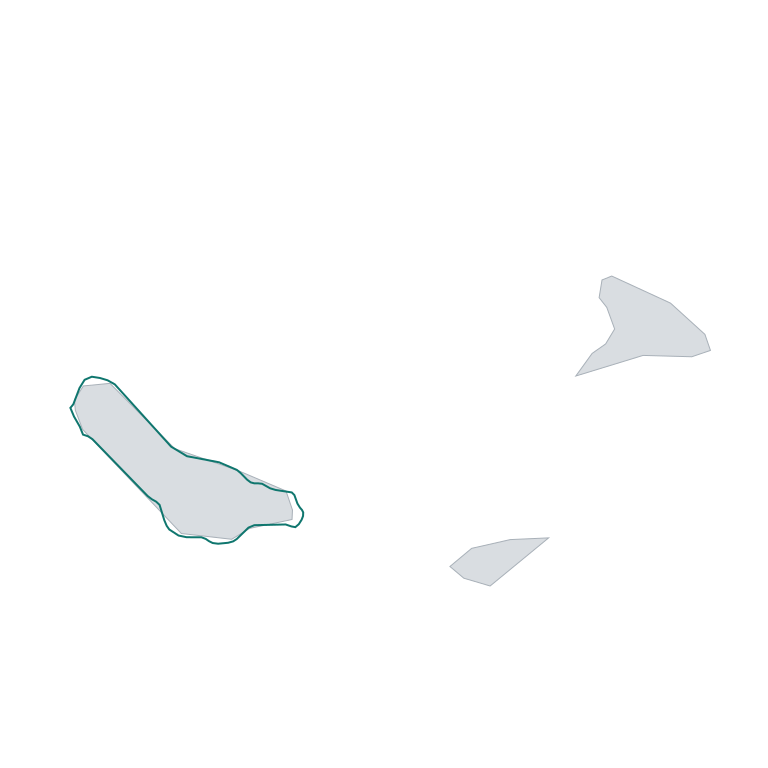 location of Andjazîdja within Comoros, rotated 312°
{"feature_id": "COM-4935", "entity_name": "Andjazîdja", "entity_type": "state/province", "adm_level": 1, "iso_a3": "COM", "parent_name": "Comoros", "parent_adm1": "", "projection": "natural_earth1", "projection_center": [43.361, -11.647], "detail": "fine", "context": "in_parent", "style": "outline", "palette": "teal", "viewbox_px": 768, "rotation_deg": 312, "n_neighbors": 0, "source": "natural_earth", "source_scale": "10m", "svg_char_len": 1346}
<svg xmlns="http://www.w3.org/2000/svg" viewBox="0 0 768 768"><g transform="rotate(312 384 384)"><path d="M229.1,400.3L221.8,406.3L186.7,380.7L166.7,374.7L137.3,333.5L148.6,190.4L158.0,172.1L165.1,164.6L181.4,161.9L201.1,179.9L195.9,271.8L222.1,333.8L238.9,382.8L229.1,400.3ZM616.6,481.0L635.8,542.8L635.6,589.3L627.4,604.1L610.2,594.5L578.6,557.4L518.3,521.2L546.0,518.2L562.1,521.9L579.2,518.6L590.0,498.3L592.1,486.1L607.2,476.4L616.6,481.0ZM352.8,581.9L379.8,609.3L304.9,598.0L293.1,573.3L292.5,555.1L320.5,559.1L352.8,581.9Z" fill="#d9dde1" stroke="#a8b0b8" stroke-width="1"/><path d="M229.3,364.7L230.3,369.2L232.7,374.3L241.7,388.0L241.5,391.7L237.2,399.7L235.9,404.2L235.5,407.4L234.5,409.9L231.7,412.2L228.0,413.6L222.8,414.5L218.3,413.9L216.2,410.5L213.8,404.9L192.3,382.1L186.6,379.4L170.2,378.3L166.1,377.2L161.7,374.4L154.3,367.6L151.2,363.1L150.1,359.1L149.6,355.2L147.9,350.8L138.1,339.9L133.9,332.7L132.2,321.8L133.2,317.4L135.7,312.0L144.0,298.1L144.1,293.4L143.0,288.6L142.6,283.3L147.9,204.2L147.1,199.0L145.0,194.2L148.8,186.4L152.4,175.4L156.4,166.9L161.0,166.7L177.3,160.4L186.8,158.7L193.9,162.0L198.4,168.9L201.8,176.1L203.6,184.2L195.0,267.8L198.5,285.9L215.5,313.9L221.7,332.2L221.9,336.8L221.3,346.3L221.7,350.8L223.4,354.1L226.0,357.0L228.3,360.2L229.3,364.7Z" fill="none" stroke="#0f766e" stroke-width="2"/></g></svg>